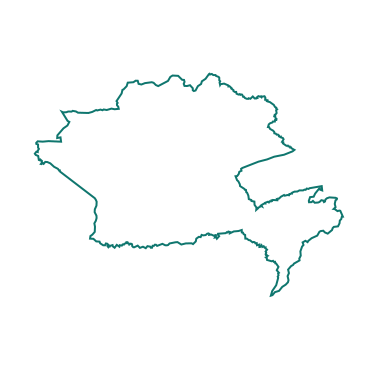 Isoka, Muchinga, Zambia (Natural Earth projection), rotated 69°
{"feature_id": "96606910B95554535134500", "entity_name": "Isoka", "entity_type": "district", "adm_level": 2, "iso_a3": "ZMB", "parent_name": "Zambia", "parent_adm1": "Muchinga", "projection": "natural_earth1", "projection_center": [32.81, -10.022], "detail": "fine", "context": "isolated", "style": "outline", "palette": "teal", "viewbox_px": 384, "rotation_deg": 69, "n_neighbors": 0, "source": "geoboundaries", "source_scale": "gbopen_adm2", "svg_char_len": 5949}
<svg xmlns="http://www.w3.org/2000/svg" viewBox="0 0 384 384"><g transform="rotate(69 192 192)"><path d="M213.5,289.9L213.1,289.3L213.5,288.4L212.9,287.7L213.1,285.2L214.4,285.4L216.3,284.2L214.4,281.2L217.0,279.4L215.8,278.5L216.9,276.7L216.1,275.6L216.7,274.4L216.1,273.8L216.2,272.1L215.4,271.5L215.5,270.6L216.0,270.1L216.8,270.4L217.5,269.4L218.6,269.4L218.3,267.6L219.3,266.7L221.2,267.2L222.5,266.6L222.9,265.8L222.6,261.9L225.5,260.6L225.5,257.4L227.9,255.3L226.6,253.0L228.1,250.5L229.3,250.4L229.7,249.3L228.1,248.0L228.6,246.9L227.9,245.5L228.4,244.5L229.8,243.9L229.8,238.2L232.1,236.1L232.8,234.5L232.9,233.3L232.0,231.4L233.0,225.5L233.6,223.5L237.2,220.8L237.8,216.1L239.8,210.7L241.0,209.7L239.5,206.2L237.1,204.7L236.3,201.7L237.2,200.1L235.5,198.4L236.5,197.1L237.1,194.7L236.4,192.8L236.6,191.4L237.6,190.7L238.2,191.2L238.6,189.3L241.3,186.7L240.6,186.4L240.7,185.3L241.0,185.1L242.7,186.9L242.9,185.6L244.5,185.5L243.0,182.5L240.9,183.2L240.3,182.7L242.5,175.3L242.0,173.8L242.7,173.1L242.0,172.2L243.2,170.6L244.1,171.2L243.8,167.1L245.1,162.6L245.3,159.2L247.6,160.0L248.2,159.0L249.9,158.9L251.1,157.8L254.6,158.9L255.1,157.6L257.2,156.3L257.9,155.1L260.7,153.5L260.7,152.4L261.3,151.5L262.7,151.2L262.9,149.9L265.0,150.4L265.2,147.9L267.5,148.8L267.7,148.1L266.6,146.2L268.5,146.1L268.3,144.5L269.6,144.3L270.1,143.2L270.7,143.7L272.7,142.6L273.9,144.6L275.1,144.4L276.4,145.5L277.1,145.0L277.5,145.4L278.7,144.3L278.9,145.2L279.6,145.5L279.6,146.4L280.6,145.9L282.3,146.3L285.2,142.5L285.3,141.0L286.5,140.7L286.9,139.5L288.4,139.8L288.8,139.1L292.9,138.1L295.4,140.9L298.6,139.8L298.9,140.8L300.8,141.1L301.7,142.3L303.0,142.3L309.2,146.8L313.2,152.6L317.0,155.5L317.1,153.8L315.2,150.5L315.5,146.2L312.9,141.7L312.1,137.8L310.7,134.8L308.9,133.5L304.8,132.9L302.5,130.6L298.9,130.1L296.7,126.1L296.3,123.7L295.4,122.5L294.4,116.1L292.6,115.7L290.4,113.3L286.3,112.1L282.4,108.8L281.4,106.9L278.7,106.8L278.2,103.6L280.2,102.1L279.3,100.9L278.0,96.9L277.6,90.7L274.8,87.3L274.6,85.9L275.2,83.3L277.4,82.4L279.5,80.2L277.7,74.9L276.1,73.6L275.4,72.1L276.4,68.0L274.1,65.5L271.6,64.2L270.8,62.4L268.8,61.0L269.1,60.0L262.7,60.3L262.1,61.2L262.0,63.0L259.1,64.9L258.6,65.8L257.6,63.4L254.3,63.0L251.2,61.0L250.8,59.5L250.0,59.0L248.9,60.0L246.3,65.6L246.2,68.3L246.9,70.2L248.5,71.2L248.7,72.4L247.0,72.6L246.0,74.2L247.0,76.5L247.0,78.1L246.0,81.3L243.7,82.3L244.3,84.0L243.5,86.4L242.1,86.1L239.1,83.6L240.0,80.1L237.6,77.6L234.5,72.3L234.6,71.4L235.8,71.5L237.2,69.9L233.0,68.8L230.6,80.9L230.9,82.1L229.9,83.7L230.7,85.1L230.1,86.2L230.3,87.7L229.0,91.2L229.3,93.5L228.4,96.1L228.5,98.5L229.1,99.1L228.7,99.3L229.2,101.0L228.8,101.8L229.8,102.6L229.0,104.0L228.7,106.7L227.8,107.1L228.3,110.8L229.3,113.0L229.0,114.1L229.7,114.7L229.2,115.3L230.2,115.5L228.4,119.4L229.0,120.3L228.3,120.9L229.1,121.7L228.5,122.9L229.3,124.0L228.3,124.7L228.3,127.6L229.0,127.7L228.6,128.5L229.0,131.3L229.5,132.0L230.5,131.9L229.4,132.9L230.3,134.1L230.3,136.0L230.9,136.2L231.7,138.4L229.7,137.4L226.4,138.2L223.3,137.2L221.7,139.7L220.7,139.5L219.0,141.5L215.6,140.7L212.4,140.8L211.7,141.4L209.4,140.9L208.8,141.9L208.0,141.9L203.7,145.0L201.9,144.6L198.7,144.9L197.1,145.7L192.9,145.7L193.3,144.1L191.9,141.9L190.1,140.6L189.9,138.2L188.0,137.9L187.6,136.4L187.5,119.0L188.5,110.2L188.5,102.6L190.2,92.7L190.1,83.6L189.4,81.3L186.9,83.4L185.9,83.5L185.6,84.5L184.6,84.4L184.0,85.7L183.1,85.8L182.7,87.3L179.2,89.7L178.4,89.0L177.5,90.0L175.6,87.6L174.2,87.8L172.9,89.4L172.2,89.2L172.1,90.1L171.2,90.9L170.5,90.5L169.1,91.3L168.8,92.4L167.5,92.9L166.7,94.1L165.3,93.7L163.8,94.3L161.1,96.5L158.7,96.9L158.5,97.7L156.4,96.1L155.8,94.4L155.9,92.0L155.2,91.2L155.9,89.4L154.6,88.7L155.0,87.5L154.1,86.9L152.7,87.6L151.0,87.1L150.7,88.0L149.5,87.1L149.6,86.3L148.6,84.7L145.9,84.2L145.3,82.9L144.2,83.5L143.5,83.1L142.2,84.1L140.0,84.4L135.9,87.1L134.8,88.7L133.5,88.6L133.7,89.7L132.2,89.9L132.0,90.6L130.1,89.7L128.6,90.0L128.0,92.6L128.4,93.0L127.4,93.3L127.6,94.0L126.3,95.7L126.9,97.5L127.7,97.3L127.7,98.6L127.1,100.0L124.6,101.0L125.9,104.1L124.8,105.5L125.2,106.1L124.6,107.5L123.2,108.9L121.6,109.4L121.5,110.1L119.1,110.3L118.5,111.2L118.6,112.1L117.7,112.4L117.7,113.7L116.2,115.2L114.4,114.9L114.0,116.1L112.7,117.1L111.7,116.8L109.6,118.2L109.3,117.8L106.6,119.1L106.5,120.2L105.4,120.0L102.3,123.2L101.6,126.8L102.1,127.4L99.6,127.0L98.7,126.0L97.5,126.5L95.1,125.6L94.1,125.9L92.2,128.0L91.3,128.1L90.4,130.3L88.9,131.2L88.8,133.0L87.9,133.2L88.0,133.9L91.2,138.8L92.2,143.1L94.4,144.8L95.3,148.6L98.5,152.3L98.4,154.1L97.3,154.8L95.4,154.1L91.6,155.6L91.3,158.5L90.3,161.0L88.1,161.0L86.5,159.5L84.5,159.3L83.7,161.0L78.6,163.3L76.3,168.4L76.8,171.0L79.7,174.6L81.0,185.6L79.2,187.4L76.3,188.7L75.1,190.2L73.5,196.9L73.5,200.7L71.9,203.1L68.7,202.8L67.9,204.7L68.5,207.4L66.9,212.8L69.8,215.1L71.7,219.2L71.7,220.3L74.8,222.4L80.1,229.9L82.2,229.5L82.8,230.5L84.2,230.9L85.9,230.3L88.1,230.6L87.0,234.6L85.3,237.3L84.9,242.2L83.3,244.9L83.6,246.2L82.3,247.9L81.9,251.3L81.1,252.1L81.5,256.4L81.1,260.4L77.1,270.0L75.2,271.5L73.5,274.3L73.8,275.6L72.5,278.7L72.5,280.7L71.5,283.7L70.5,284.7L81.0,282.7L82.6,281.4L85.3,284.5L86.5,289.2L90.9,297.4L93.3,298.5L93.9,295.2L98.1,296.2L93.1,307.7L91.5,313.3L89.4,317.9L90.3,319.8L91.3,320.1L92.5,318.7L95.4,319.8L96.9,319.5L98.2,321.2L99.4,321.7L98.6,322.8L99.9,325.0L101.4,324.6L103.2,322.7L107.2,323.5L107.8,322.8L107.3,322.0L109.2,321.0L109.8,321.6L110.7,321.2L111.7,323.0L112.0,322.6L111.5,321.4L112.6,320.5L111.3,318.2L112.2,316.3L114.5,314.0L119.1,311.7L122.3,308.9L124.5,308.3L124.5,307.7L125.8,307.8L162.9,285.0L164.7,284.6L166.9,284.5L170.5,286.1L173.3,288.9L175.9,290.1L179.9,289.7L182.1,290.4L184.4,292.1L186.3,294.4L189.6,295.0L194.4,297.1L196.1,300.3L196.7,302.6L199.0,303.9L200.4,300.8L203.8,299.1L205.2,296.1L207.0,296.1L209.9,294.0L210.6,292.3L209.2,290.9L209.8,289.8L211.3,289.0L212.0,290.3L213.5,289.9Z" fill="none" stroke="#0f766e" stroke-width="2"/></g></svg>